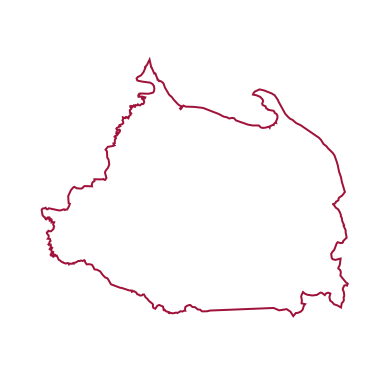 the district of Tubará, Atlántico, Colombia, rotated 82°
{"feature_id": "7082276B89966786375861", "entity_name": "Tubará", "entity_type": "district", "adm_level": 2, "iso_a3": "COL", "parent_name": "Colombia", "parent_adm1": "Atlántico", "projection": "orthographic", "projection_center": [-75.005, 10.899], "detail": "fine", "context": "isolated", "style": "outline", "palette": "rose", "viewbox_px": 384, "rotation_deg": 82, "n_neighbors": 0, "source": "geoboundaries", "source_scale": "gbopen_adm2", "svg_char_len": 5980}
<svg xmlns="http://www.w3.org/2000/svg" viewBox="0 0 384 384"><g transform="rotate(82 192 192)"><path d="M282.4,265.3L282.1,263.3L283.7,261.3L285.7,260.4L286.3,258.8L286.9,258.5L287.4,257.5L287.4,256.0L286.6,254.8L286.8,253.8L289.9,252.6L291.5,251.1L293.7,249.9L297.3,246.6L298.3,246.3L300.0,246.7L301.3,246.4L302.5,244.6L299.8,242.1L299.3,240.2L301.5,236.6L304.9,236.5L305.8,235.6L304.9,236.1L304.6,235.7L306.6,234.2L307.8,231.5L308.6,231.8L308.9,231.2L308.7,230.0L309.3,228.6L309.5,227.0L309.2,224.6L309.8,223.3L308.5,220.0L309.0,217.9L308.5,216.5L308.6,215.2L308.0,215.4L305.1,214.7L304.0,212.8L303.5,210.0L303.7,209.4L305.9,207.6L306.5,205.0L309.2,202.5L309.6,200.4L311.4,198.9L311.7,198.2L312.2,193.6L311.9,190.6L318.2,127.3L321.3,122.2L321.2,114.5L324.3,111.1L329.0,109.0L326.3,106.0L326.4,103.7L325.5,100.7L323.9,98.8L320.1,97.0L318.8,95.6L317.5,99.0L314.8,98.3L310.7,98.4L309.4,97.9L306.5,96.0L308.3,94.5L309.8,92.1L311.2,87.3L311.3,82.7L309.5,78.8L309.9,77.5L312.6,74.8L311.4,73.8L310.9,72.8L310.7,71.3L311.2,70.1L311.8,69.1L315.3,70.6L318.8,70.3L320.7,68.4L323.0,66.9L324.5,63.9L327.1,60.5L323.0,59.2L321.5,57.4L320.3,56.7L317.3,56.5L316.4,55.8L315.2,55.6L311.9,55.6L309.6,56.3L308.3,55.9L305.8,54.2L305.6,53.0L306.3,51.5L304.4,50.5L303.0,52.1L295.4,56.7L292.8,55.9L291.3,55.8L289.8,56.3L288.2,57.7L287.5,57.7L284.8,55.8L278.6,54.1L279.2,59.5L278.2,61.9L277.5,62.5L276.3,62.8L272.7,62.8L270.7,61.2L269.4,59.4L263.1,55.9L262.0,54.8L263.3,51.9L263.3,50.1L262.7,49.4L261.7,49.2L258.7,45.2L252.9,45.5L251.6,45.1L246.5,46.6L246.2,46.0L241.5,47.3L238.3,47.3L236.7,48.0L235.1,47.8L232.4,48.5L229.6,49.6L227.5,51.8L224.1,53.5L223.6,54.7L223.5,52.6L222.6,51.2L221.7,50.8L220.9,48.8L220.4,48.1L218.9,47.8L217.9,46.9L216.5,43.9L213.3,40.6L202.7,42.2L198.2,42.4L192.0,43.6L186.1,43.9L182.0,44.5L175.7,45.8L172.9,47.2L167.8,51.1L165.3,52.6L162.9,55.0L158.2,57.1L155.9,58.8L141.0,75.1L138.2,79.3L134.6,82.4L133.1,84.7L130.9,86.5L127.5,88.8L114.3,93.8L113.1,94.0L107.7,96.7L105.4,99.5L101.5,106.4L99.8,110.8L101.3,115.8L102.6,117.3L104.0,118.1L105.2,114.7L107.3,111.2L110.2,109.2L112.0,108.9L114.1,110.2L115.6,110.0L117.6,107.1L118.8,107.1L119.8,106.6L120.3,105.5L121.2,105.2L122.9,100.0L123.8,99.3L125.1,99.2L126.4,97.5L128.2,96.8L130.7,97.1L134.3,99.2L135.2,99.1L134.8,99.8L136.4,101.8L137.0,101.9L136.8,102.7L137.8,105.6L139.0,106.1L138.0,106.6L138.5,110.2L138.4,113.1L137.6,114.9L135.4,116.6L134.5,122.9L133.1,127.1L127.3,138.4L124.8,140.1L124.2,142.0L124.4,144.9L122.8,147.2L121.8,150.1L118.5,154.6L110.3,169.3L108.0,178.1L106.6,186.3L105.2,188.5L108.7,191.9L107.6,191.4L107.9,192.0L107.6,192.2L106.7,190.9L107.4,191.0L106.6,190.1L105.8,190.0L104.7,192.1L103.4,193.5L98.3,197.1L95.3,198.7L92.5,201.1L84.7,204.3L80.9,205.0L79.7,205.6L77.9,207.5L77.7,208.8L77.3,209.0L77.4,209.4L76.1,209.9L76.0,210.5L74.6,210.5L74.2,210.8L69.6,211.7L69.1,212.3L69.4,212.9L63.0,214.7L62.9,215.0L55.0,215.6L59.9,218.9L61.5,220.9L62.0,221.2L62.4,220.8L66.5,223.3L69.4,226.2L70.6,229.7L71.8,231.1L74.0,230.6L75.6,226.4L77.9,218.2L79.7,216.0L81.7,215.0L84.3,214.9L86.5,215.4L88.1,216.6L88.5,219.0L88.6,221.8L87.2,229.6L87.4,230.6L87.9,231.1L88.3,230.7L89.2,231.8L90.3,231.7L90.4,228.6L91.8,225.1L92.7,225.7L92.3,228.5L93.0,228.4L94.5,226.9L96.5,226.9L97.9,227.8L98.1,228.5L97.7,229.5L99.0,231.4L98.6,232.5L97.7,233.4L98.5,234.1L98.1,235.7L99.7,236.5L99.5,237.4L98.2,237.3L98.0,237.5L98.9,239.0L98.2,240.4L98.4,241.2L99.4,241.2L99.6,240.7L99.3,240.1L99.9,239.8L101.5,240.9L102.1,242.0L103.0,242.3L103.8,242.3L105.5,241.4L105.6,242.2L106.4,241.8L107.0,242.0L108.7,244.5L109.5,244.3L110.2,244.8L108.5,246.8L108.7,247.3L109.4,247.4L109.6,247.9L108.5,250.0L110.0,250.0L111.4,250.9L112.9,250.4L114.3,250.5L115.1,251.7L115.6,254.4L115.9,254.7L116.9,254.0L118.1,257.5L118.8,258.1L120.4,257.5L120.1,255.4L120.8,254.7L122.2,255.1L122.7,255.9L122.7,257.4L122.2,258.4L123.5,258.9L124.3,258.4L124.3,257.3L125.6,258.6L125.9,260.4L126.5,261.0L127.6,259.9L128.2,259.8L129.4,261.1L132.9,261.7L133.0,263.1L134.6,263.0L134.6,262.6L135.0,262.3L135.4,263.6L135.6,269.1L138.0,271.7L139.8,270.6L146.1,271.1L148.5,270.1L153.2,270.1L156.3,271.8L158.6,274.3L160.5,275.5L166.2,274.8L167.9,276.3L167.8,277.1L166.9,277.8L166.9,280.0L165.8,286.9L167.5,287.0L168.4,288.9L169.2,289.5L171.2,290.3L172.5,290.2L171.2,297.3L171.5,298.4L172.9,299.9L173.2,301.5L172.3,305.5L170.5,307.8L171.1,309.2L173.4,311.7L178.9,315.2L185.9,315.7L186.7,314.6L189.2,315.9L192.0,318.1L191.8,319.5L192.1,320.6L191.3,321.2L191.9,324.6L191.8,326.1L188.2,336.0L189.0,337.3L188.9,338.2L187.2,339.2L187.6,340.1L187.6,342.1L188.3,343.1L188.9,343.4L194.3,343.2L196.0,342.1L196.4,341.4L198.6,340.7L198.8,340.3L197.8,339.6L198.3,339.0L198.3,338.5L197.1,338.1L197.3,336.7L198.0,336.4L199.1,337.0L200.6,336.9L200.4,335.4L199.6,335.5L199.5,335.0L200.3,334.8L202.6,335.3L202.4,334.0L202.8,332.7L204.7,334.0L205.6,333.9L206.7,333.3L208.1,334.0L209.1,334.1L211.2,336.9L211.2,338.1L210.4,339.6L211.2,340.1L211.8,341.4L213.0,341.4L215.0,340.0L217.5,340.4L218.2,341.2L218.7,339.3L220.7,338.9L221.6,340.0L222.9,340.5L223.9,341.5L224.3,341.2L223.8,341.0L224.4,339.2L227.2,339.4L227.8,338.9L227.4,338.6L227.8,338.2L228.4,338.8L228.2,339.7L227.6,339.9L228.8,340.9L229.1,340.6L229.0,339.0L230.3,339.5L231.5,339.1L232.1,337.8L232.7,338.1L233.3,338.0L233.4,338.5L232.5,339.1L232.8,339.7L233.6,339.9L234.4,340.7L235.1,340.6L235.6,339.6L235.7,337.9L236.6,338.5L236.8,338.4L236.0,336.8L235.0,337.4L235.2,335.9L236.5,335.4L236.5,334.6L240.6,333.4L241.4,332.2L243.2,330.6L243.6,329.5L244.1,329.3L245.3,326.9L245.0,325.0L245.4,324.4L246.5,323.9L245.8,323.2L246.4,320.9L246.0,320.0L246.4,319.2L245.7,319.1L245.7,317.2L244.5,314.1L244.7,312.7L244.4,311.5L245.1,309.8L244.5,308.2L245.1,307.7L246.4,307.6L249.0,306.4L249.2,303.7L250.1,301.3L250.9,300.7L251.9,300.6L252.4,300.1L255.0,299.4L255.8,296.8L257.8,294.0L262.0,291.8L264.7,289.7L265.3,288.2L266.3,287.4L272.1,285.1L276.8,276.5L277.3,274.8L280.7,267.9L281.3,265.1L282.4,265.3Z" fill="none" stroke="#9f1239" stroke-width="2"/></g></svg>